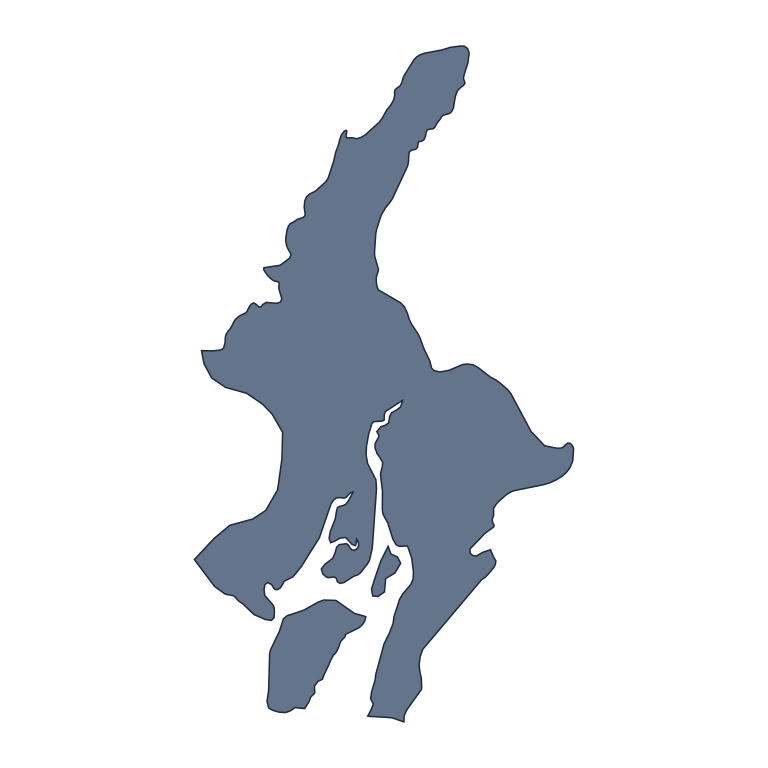 the border of Guayas
{"feature_id": "ECU-1280", "entity_name": "Guayas", "entity_type": "Province", "adm_level": 1, "iso_a3": "ECU", "parent_name": "Ecuador", "parent_adm1": "", "projection": "robinson", "projection_center": [-79.898, -1.951], "detail": "fine", "context": "isolated", "style": "filled", "palette": "slate", "viewbox_px": 768, "rotation_deg": 0, "n_neighbors": 0, "source": "natural_earth", "source_scale": "10m", "svg_char_len": 5803}
<svg xmlns="http://www.w3.org/2000/svg" viewBox="0 0 768 768"><path d="M367.7,716.1L371.0,710.0L373.3,704.0L370.6,698.7L371.6,691.8L375.1,680.0L375.7,674.6L384.1,643.7L389.8,632.2L390.4,630.2L393.0,623.7L394.0,616.6L399.7,599.0L402.8,593.8L410.8,584.4L413.1,579.1L413.4,571.7L411.7,558.2L408.1,547.6L407.2,545.9L401.4,546.3L398.3,546.0L396.2,544.8L392.9,539.2L387.8,523.0L384.4,517.0L382.8,513.3L382.3,509.0L382.5,491.3L380.7,477.2L380.6,473.2L382.3,466.6L382.7,462.5L381.5,460.6L381.0,459.4L377.6,454.2L376.8,453.4L376.4,451.3L375.6,449.8L375.0,447.7L375.1,444.0L376.5,440.7L378.3,438.1L378.9,435.4L376.8,431.6L380.9,426.7L385.2,425.3L388.5,423.1L389.8,416.0L391.8,412.6L396.2,410.3L400.6,406.9L402.6,400.4L386.7,410.6L385.0,412.1L384.3,414.8L384.1,420.1L382.1,421.1L373.5,421.7L371.5,424.3L371.0,426.7L368.7,434.0L366.5,446.2L366.1,455.0L367.7,463.7L375.9,479.8L376.5,489.0L372.3,548.1L369.5,560.4L367.6,563.7L360.3,573.0L357.7,574.9L353.4,576.4L344.1,582.5L340.2,583.4L337.5,581.9L336.0,577.8L333.8,577.0L328.1,577.7L326.2,577.0L322.8,574.0L321.3,569.0L324.9,564.3L332.9,558.2L335.4,551.8L336.6,547.3L339.3,544.6L346.5,543.7L348.2,544.9L349.8,547.5L351.9,549.9L354.9,550.1L357.4,548.3L358.6,545.8L358.4,542.7L356.8,539.4L355.6,545.7L352.0,544.4L345.7,537.5L339.8,538.2L334.5,541.3L330.6,542.7L329.1,538.4L330.2,531.7L335.3,518.8L336.4,511.5L337.4,507.7L339.8,506.3L342.9,505.6L345.7,504.3L347.7,501.9L353.2,492.1L350.7,492.8L349.3,493.8L346.5,497.1L344.3,498.1L338.9,497.6L336.4,497.9L333.4,500.3L331.0,504.0L319.4,537.7L301.2,566.8L292.9,576.9L284.2,581.2L282.2,585.1L280.2,588.0L277.7,589.6L275.2,589.6L273.8,588.3L272.8,586.5L271.4,584.4L267.5,582.5L264.9,584.7L264.0,589.8L264.9,595.9L265.9,596.7L273.2,605.2L274.2,607.7L274.4,611.1L274.1,617.7L271.4,620.4L265.2,619.5L253.9,614.5L242.6,603.6L238.7,601.1L235.2,597.2L233.7,595.9L232.0,595.3L227.2,594.6L224.7,593.8L214.5,586.4L194.4,559.6L213.8,538.7L229.8,525.3L252.7,519.0L265.7,510.5L277.6,489.8L281.9,459.1L282.6,432.3L272.2,414.2L262.5,404.1L246.7,393.3L225.6,387.4L211.7,378.0L204.0,363.8L201.5,350.6L212.6,350.9L220.4,350.0L222.6,349.0L223.8,347.4L224.3,345.3L224.9,343.3L225.2,341.0L225.2,338.4L225.8,335.1L227.8,331.6L230.2,328.7L232.2,325.4L233.7,321.9L235.7,319.1L238.9,316.3L241.5,314.8L245.3,313.1L247.0,311.4L249.6,306.1L251.6,303.9L253.8,302.9L255.8,304.1L257.8,305.9L259.5,307.1L261.2,306.7L262.7,304.6L266.3,302.4L276.8,303.3L280.5,302.0L281.8,298.9L279.2,290.0L278.7,287.2L279.0,284.8L279.2,283.2L278.6,282.2L276.9,281.5L274.1,280.9L271.5,279.3L268.0,276.0L265.2,272.2L263.7,269.7L263.9,267.7L280.3,265.2L289.4,258.2L290.8,255.6L290.6,253.5L287.6,248.2L286.4,245.1L285.8,241.3L285.8,237.8L287.1,229.7L288.4,226.3L290.0,223.8L291.3,223.0L293.0,222.4L297.2,219.4L303.2,217.4L304.7,216.1L305.2,214.3L304.2,207.2L304.7,201.1L306.5,196.8L309.4,194.1L315.3,191.2L325.9,181.7L328.2,177.9L333.6,161.4L335.7,152.1L338.1,146.0L339.9,139.0L341.6,134.5L344.1,131.4L345.9,130.3L346.8,130.9L346.6,133.1L346.0,135.8L346.4,137.4L347.9,137.9L352.2,137.7L354.2,138.1L356.5,138.8L361.5,137.2L365.4,134.8L379.2,122.2L382.3,118.1L386.7,110.0L390.3,105.7L392.3,102.4L393.7,99.6L394.3,97.2L394.7,95.0L394.5,92.8L394.8,90.3L396.2,88.7L400.2,85.7L401.7,82.9L402.8,79.0L404.0,75.7L414.2,59.4L416.9,56.7L420.1,54.8L424.5,53.2L441.7,50.0L450.5,47.3L459.9,46.1L464.2,46.1L467.6,48.5L469.2,53.1L467.9,62.9L463.7,76.2L463.6,79.2L464.5,81.4L465.0,83.2L463.3,85.6L461.2,87.1L459.0,89.0L457.2,91.4L455.9,94.8L455.2,97.3L453.5,107.7L452.1,110.8L450.3,113.0L448.0,114.0L445.6,114.4L443.1,115.3L441.3,117.1L440.4,118.9L437.4,122.6L434.9,127.1L433.2,128.8L429.0,129.3L427.2,130.1L426.2,132.1L425.6,135.8L424.8,138.1L423.8,139.9L422.3,140.9L420.5,141.4L419.3,141.6L418.3,142.4L418.0,143.9L417.5,147.4L416.4,148.7L415.1,149.4L412.1,150.1L411.0,150.6L409.9,151.5L409.1,152.8L408.8,154.9L408.6,160.8L408.1,164.0L407.3,166.8L392.3,198.9L390.1,202.2L385.3,208.1L382.0,213.7L380.7,216.6L376.4,230.3L375.8,233.7L374.5,252.9L374.7,256.2L378.5,269.5L378.1,271.5L376.4,276.8L376.2,280.5L376.7,284.8L377.4,287.7L378.5,289.9L400.6,302.8L404.4,306.8L407.3,312.9L409.3,319.5L411.7,324.3L418.4,334.5L420.2,338.4L423.9,348.6L429.9,361.1L431.6,368.0L433.7,370.5L439.7,372.0L449.0,370.3L462.6,364.5L467.4,364.0L473.2,364.8L478.4,367.8L490.6,377.2L496.6,380.4L499.8,382.7L507.8,389.8L511.0,393.8L531.1,431.5L544.6,445.7L555.4,448.0L558.6,448.2L561.7,448.0L563.5,446.8L565.2,445.0L567.7,443.1L570.2,443.3L572.4,445.7L573.6,448.3L572.8,460.7L570.3,467.0L568.9,469.2L566.1,472.7L562.5,475.9L556.2,479.9L550.0,482.7L544.7,484.4L513.2,490.9L509.9,492.5L506.2,494.8L499.0,501.1L496.1,504.4L493.6,508.3L493.6,515.6L492.5,518.3L492.2,520.6L493.0,523.1L494.1,525.2L493.8,526.9L484.9,533.4L469.9,549.1L470.3,553.3L472.5,555.4L476.5,556.0L482.8,552.3L490.5,549.7L493.8,557.4L495.9,560.9L495.4,564.4L493.9,567.4L488.0,574.4L485.7,576.8L484.1,578.1L482.5,579.0L481.3,580.1L422.7,649.4L420.2,656.7L419.2,664.4L419.6,670.0L421.3,678.3L421.7,686.9L421.5,689.3L407.1,709.5L405.2,713.3L404.2,716.0L403.9,721.9L393.1,718.2L390.3,717.6L369.8,716.4L367.7,716.1L367.7,716.1ZM323.8,600.0L335.9,600.4L354.3,613.3L365.8,616.6L365.4,618.9L364.7,621.1L363.6,623.1L362.2,624.9L359.2,627.7L345.7,634.3L344.9,636.9L341.1,641.0L340.2,642.6L338.6,647.3L336.4,652.0L334.2,654.6L333.6,654.7L330.8,660.2L327.6,667.5L324.2,674.4L322.4,679.3L318.1,681.3L314.5,685.9L314.7,693.0L310.6,697.3L309.0,701.7L304.7,708.6L295.1,707.6L289.8,711.1L285.2,712.6L278.7,712.1L272.4,710.2L268.6,707.9L267.0,701.2L268.6,690.4L269.6,654.0L270.5,649.9L279.5,631.1L283.4,618.8L287.2,615.7L303.5,610.3L318.1,602.1L323.8,600.0ZM388.1,546.3L391.0,554.1L397.5,556.9L400.7,563.3L395.0,573.0L385.7,578.5L384.5,591.9L378.0,596.5L372.7,596.0L371.5,589.1L375.1,577.6L380.8,561.0L388.1,546.3Z" fill="#64748b" stroke="#1e293b" stroke-width="1.5"/></svg>